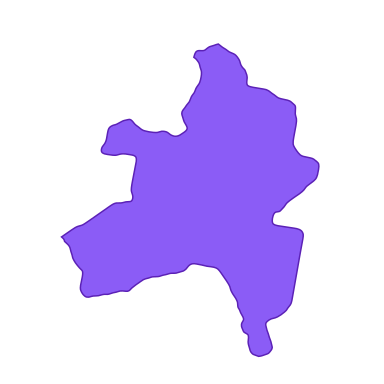 Galvan, Bahoruco, Dominican Republic (Albers equal-area conic projection), rotated 10°
{"feature_id": "3306468B84487207746542", "entity_name": "Galvan", "entity_type": "district", "adm_level": 2, "iso_a3": "DOM", "parent_name": "Dominican Republic", "parent_adm1": "Bahoruco", "projection": "albers", "projection_center": [-71.318, 18.475], "detail": "fine", "context": "isolated", "style": "filled", "palette": "violet", "viewbox_px": 384, "rotation_deg": 10, "n_neighbors": 0, "source": "geoboundaries", "source_scale": "gbopen_adm2", "svg_char_len": 5326}
<svg xmlns="http://www.w3.org/2000/svg" viewBox="0 0 384 384"><g transform="rotate(10 192 192)"><path d="M286.2,342.3L288.5,341.5L289.9,340.8L294.2,338.4L295.3,337.6L296.1,336.5L297.3,334.3L297.8,333.1L298.0,331.8L298.0,331.2L297.6,330.0L295.6,325.5L293.4,321.7L291.7,318.3L289.9,315.2L287.9,310.7L287.6,309.5L287.5,308.8L287.7,308.1L287.9,307.4L288.7,306.2L290.3,304.5L292.2,303.1L295.7,301.5L297.8,300.2L301.0,297.4L303.9,294.2L305.4,292.2L306.6,289.4L308.3,286.3L308.8,284.8L309.0,283.9L309.2,281.3L309.2,233.4L309.3,218.9L309.2,216.3L308.9,214.6L308.6,213.8L307.8,212.5L306.8,211.5L306.2,211.1L304.7,210.4L303.0,210.1L301.3,209.9L298.7,209.9L282.6,210.3L280.9,210.2L279.3,210.0L277.8,209.5L277.2,209.0L276.7,208.3L276.4,207.7L276.0,206.2L275.8,203.8L276.0,201.3L276.3,199.8L276.9,198.4L277.3,197.9L277.8,197.4L278.4,197.1L281.2,196.1L282.2,195.3L285.2,190.7L286.8,187.3L287.6,186.0L289.8,183.4L293.5,179.6L298.2,175.0L300.5,172.4L301.9,170.4L303.2,167.7L304.1,166.3L305.8,164.4L309.9,160.0L311.3,158.0L311.7,157.3L312.2,155.7L312.6,153.1L312.7,148.0L312.5,144.8L312.1,143.3L311.9,142.6L311.5,141.9L311.0,141.4L309.9,140.6L306.3,138.6L304.8,138.1L303.1,137.9L295.4,137.6L293.8,137.3L292.2,136.7L290.1,135.2L288.2,133.5L285.8,131.0L284.2,129.0L283.4,127.5L283.2,126.7L282.8,124.2L282.7,120.7L282.8,108.5L282.6,104.1L282.1,101.7L280.6,98.4L280.1,97.0L279.3,91.1L278.9,89.7L278.5,89.1L278.0,88.6L276.9,87.9L274.0,86.1L272.7,85.5L271.9,85.3L270.2,85.0L263.4,84.7L260.9,84.4L259.4,83.8L256.2,82.1L253.5,80.9L250.3,79.2L248.8,78.7L247.2,78.3L244.6,78.2L234.0,78.3L231.5,78.2L229.9,78.0L228.5,77.5L227.9,77.0L227.5,76.4L227.0,75.1L226.8,73.7L226.5,70.0L226.1,68.5L225.6,67.2L223.5,63.6L222.7,62.5L220.0,60.5L218.6,59.0L217.8,57.9L216.1,54.5L215.1,53.2L213.4,51.4L211.6,49.9L210.2,49.1L208.7,48.6L205.7,47.9L204.2,47.5L200.4,45.6L196.9,44.2L192.2,41.7L190.3,42.6L187.8,44.0L185.2,45.3L183.9,46.0L182.4,47.4L180.3,49.8L179.2,50.6L177.8,51.0L174.1,51.6L172.8,52.1L172.2,52.6L171.7,53.1L171.2,54.3L170.8,55.7L170.4,59.0L172.5,60.1L173.8,61.1L175.6,62.8L176.7,64.1L177.4,65.5L178.3,67.6L180.0,70.8L180.5,72.2L180.9,74.6L181.0,77.0L180.9,80.2L180.6,82.6L180.2,84.1L178.4,88.0L177.9,89.4L177.3,92.4L176.9,93.9L175.3,97.1L174.8,98.5L174.0,102.3L173.6,103.8L171.5,107.6L170.3,110.3L169.0,112.7L168.5,114.0L168.3,114.8L168.3,116.3L168.7,117.7L171.3,122.8L172.1,124.2L175.0,127.7L175.8,129.0L176.1,129.6L176.2,130.4L176.1,131.1L175.9,131.8L175.2,133.0L174.2,134.2L171.4,136.9L170.2,138.0L168.9,138.9L167.5,139.6L166.7,139.8L166.0,140.0L164.4,140.1L162.1,139.7L160.7,139.2L157.6,137.6L156.1,137.2L154.6,137.1L153.0,137.2L151.5,137.5L147.7,139.3L146.1,139.7L143.6,140.0L139.3,140.2L135.1,140.0L133.4,139.8L131.8,139.3L130.5,138.7L128.0,137.3L125.2,135.9L123.9,135.1L121.0,132.6L119.7,131.8L119.1,131.5L118.4,131.4L117.7,131.4L116.5,131.8L112.7,133.4L111.3,134.2L106.2,138.2L104.9,139.0L102.9,139.9L101.7,140.7L100.6,141.6L100.1,142.1L99.3,143.4L99.0,144.2L98.7,145.8L98.6,148.3L98.6,154.3L98.5,156.0L98.2,157.6L98.0,158.4L97.5,159.8L95.9,162.9L95.5,164.4L95.4,165.8L95.5,166.5L95.6,167.2L95.9,167.8L96.3,168.4L96.9,168.9L97.6,169.2L99.1,169.6L102.3,169.7L107.4,169.5L109.9,169.2L111.5,168.7L114.7,167.2L116.2,166.7L117.0,166.5L119.5,166.1L123.8,166.0L127.0,166.0L128.6,166.2L130.0,166.8L130.6,167.3L131.0,167.9L131.5,169.3L131.8,171.6L131.5,191.3L131.5,195.6L131.6,198.2L131.9,200.7L132.4,202.2L134.0,205.3L134.5,206.7L134.7,208.1L134.7,208.9L134.5,210.2L134.2,210.9L133.8,211.5L133.2,211.9L132.6,212.2L128.6,213.2L125.4,214.6L124.0,215.1L119.4,216.0L118.0,216.6L116.6,217.5L115.3,218.6L113.5,220.3L96.0,237.8L92.4,241.3L90.5,243.0L89.2,243.9L85.7,245.6L84.4,246.4L83.1,247.4L80.0,250.3L71.3,258.9L72.9,259.9L73.9,260.7L74.6,261.7L75.1,262.8L77.9,264.6L79.2,265.5L80.3,266.5L81.2,267.6L81.9,268.9L83.1,271.6L84.8,274.8L86.0,277.6L86.9,278.9L87.9,280.2L89.5,282.0L91.9,284.2L94.3,286.2L97.1,288.2L97.6,288.7L98.0,289.3L98.4,290.7L98.6,292.2L98.7,294.7L98.5,303.2L98.7,305.7L99.1,307.3L99.5,308.1L100.4,309.5L101.4,310.7L102.6,311.9L103.9,312.8L104.6,313.2L105.3,313.5L106.1,313.7L106.8,313.7L108.3,313.5L109.0,313.3L111.5,312.1L112.8,311.6L116.6,310.7L118.0,310.3L121.9,308.5L123.4,308.0L126.4,307.5L127.9,307.0L131.7,305.0L134.5,303.9L137.1,302.6L138.4,302.0L140.7,301.5L144.4,301.2L145.8,300.9L146.4,300.6L147.0,300.2L147.5,299.8L149.5,296.9L152.7,293.3L156.9,289.1L159.3,286.8L161.4,285.5L164.1,284.3L167.3,282.6L168.7,282.2L171.0,281.7L173.2,281.2L174.6,280.7L177.8,279.0L180.6,277.9L184.5,276.0L185.9,275.6L189.0,275.0L190.5,274.6L197.0,271.4L198.1,270.5L199.5,268.9L201.2,265.8L202.0,264.7L203.0,263.7L204.2,262.9L205.0,262.6L206.6,262.2L209.1,262.1L214.4,262.2L219.7,262.5L223.6,262.3L226.8,262.3L229.2,262.7L230.7,263.3L232.6,264.7L234.4,266.4L241.4,273.5L244.2,276.6L245.6,278.5L247.3,281.9L248.2,283.2L249.7,285.1L253.6,289.2L255.0,291.1L255.8,292.4L256.1,293.2L257.0,296.6L257.5,297.8L259.1,299.6L260.9,302.5L263.8,306.1L264.5,307.3L264.8,308.0L264.9,308.7L264.9,309.3L263.9,312.2L263.7,313.5L263.8,314.3L264.1,315.7L264.7,316.9L266.5,319.8L267.3,320.8L268.5,321.4L270.8,322.2L271.9,322.9L272.3,323.4L272.5,324.0L272.9,325.4L273.3,329.9L273.7,331.4L274.2,332.7L275.5,335.3L276.8,338.0L277.2,338.6L278.1,339.7L279.3,340.6L279.9,341.0L280.7,341.3L282.2,341.6L286.2,342.3Z" fill="#8b5cf6" stroke="#5b21b6" stroke-width="1.5"/></g></svg>